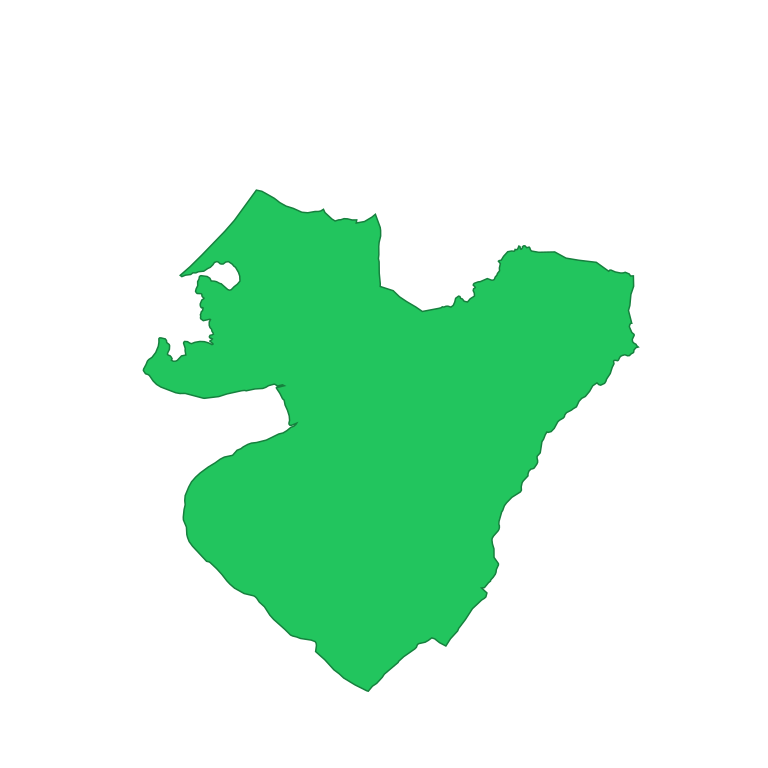 the district of Eratap, Shefa, Vanuatu, rotated 44°
{"feature_id": "77236927B93199120734028", "entity_name": "Eratap", "entity_type": "district", "adm_level": 2, "iso_a3": "VUT", "parent_name": "Vanuatu", "parent_adm1": "Shefa", "projection": "albers", "projection_center": [168.385, -17.773], "detail": "fine", "context": "isolated", "style": "filled", "palette": "green", "viewbox_px": 768, "rotation_deg": 44, "n_neighbors": 0, "source": "geoboundaries", "source_scale": "gbopen_adm2", "svg_char_len": 6158}
<svg xmlns="http://www.w3.org/2000/svg" viewBox="0 0 768 768"><g transform="rotate(44 384 384)"><path d="M259.9,267.9L259.4,272.3L257.1,280.7L252.2,287.5L250.4,284.9L247.2,288.1L243.1,290.5L240.4,292.8L238.8,295.9L237.4,297.4L235.6,300.7L232.0,301.5L222.4,301.7L219.1,300.4L218.3,303.5L217.0,305.4L214.5,307.9L210.2,313.8L205.6,317.5L196.7,320.7L189.9,324.1L183.0,325.9L176.2,326.6L162.3,330.2L157.5,333.2L162.7,370.2L163.4,384.7L163.4,418.0L163.0,434.4L161.9,447.4L164.0,447.2L165.6,443.6L168.9,439.5L169.3,436.8L171.5,434.7L172.5,432.2L176.0,428.0L177.0,423.3L178.0,420.7L178.1,417.1L177.6,414.3L178.7,412.1L180.1,411.4L182.7,411.3L184.0,410.4L185.0,409.3L185.4,406.3L187.1,404.0L191.6,403.2L194.2,403.5L196.1,403.2L201.8,404.8L205.3,406.6L208.9,410.0L209.2,414.1L208.6,418.2L208.6,422.3L207.8,423.8L206.0,424.6L197.2,425.0L196.1,425.7L192.6,426.7L190.8,427.7L188.1,429.9L185.3,428.9L182.1,429.5L177.1,433.2L176.7,434.0L176.7,435.1L178.0,437.0L178.8,439.8L181.7,442.7L182.7,445.9L184.0,448.2L185.4,448.7L186.7,448.7L189.8,446.0L190.8,446.1L191.8,447.1L192.9,447.4L194.9,447.3L195.1,447.7L194.6,450.1L196.2,454.1L197.6,455.4L199.2,456.0L200.0,455.9L200.5,455.0L201.1,455.0L202.4,457.2L202.5,459.3L203.3,460.3L203.7,461.6L205.2,462.7L206.1,464.0L207.0,464.4L210.0,464.0L213.8,458.3L214.5,458.2L215.2,460.8L217.5,463.2L219.7,464.3L221.9,464.4L223.7,465.6L225.3,465.9L226.7,466.7L226.2,468.1L225.1,469.7L225.4,471.1L226.1,471.7L227.2,471.7L228.2,471.0L229.2,470.8L229.4,472.1L228.8,473.5L229.0,474.1L232.8,473.8L233.3,474.1L232.9,475.2L229.3,476.3L225.4,478.3L222.0,481.3L219.0,485.4L217.5,488.7L215.9,489.5L213.3,490.0L211.0,491.9L211.0,493.1L211.5,493.9L216.2,496.4L217.8,498.2L221.3,500.8L218.8,504.5L218.9,510.6L218.2,512.4L216.6,514.0L214.6,514.6L214.0,513.0L212.1,512.4L210.3,512.3L208.9,513.1L207.5,513.0L206.7,511.6L205.6,508.2L203.2,505.4L202.0,504.8L198.9,505.1L197.3,503.8L195.3,503.5L191.6,505.7L190.5,506.8L190.6,507.8L193.0,510.2L195.4,513.6L197.9,519.9L198.6,526.0L197.8,529.8L197.9,531.9L199.3,535.3L200.7,540.3L201.6,541.5L205.3,542.3L208.0,541.0L209.5,540.9L215.9,542.2L220.6,542.3L225.6,541.2L240.2,535.0L243.8,532.6L247.5,528.9L263.6,519.9L264.7,519.1L273.9,507.8L277.9,500.3L286.2,487.8L288.1,485.5L289.6,484.6L294.6,477.2L299.9,471.4L301.3,468.5L302.1,465.4L304.9,460.7L305.6,460.0L308.8,459.4L311.5,455.1L313.5,454.5L310.2,459.8L309.2,460.7L309.1,461.4L309.5,461.7L315.7,463.1L321.3,465.1L323.4,465.0L327.4,467.8L332.9,470.0L338.0,472.8L341.4,475.8L342.8,478.2L343.7,478.9L345.0,479.0L346.0,478.3L348.4,472.8L348.7,474.1L348.5,477.0L347.1,480.0L346.5,485.2L345.4,489.3L343.0,493.1L338.3,506.1L333.0,514.6L329.7,518.6L328.0,522.0L326.4,527.1L326.0,530.0L324.3,533.7L324.6,540.5L319.9,547.5L318.4,551.9L317.3,558.1L315.3,565.6L313.6,575.6L313.2,581.9L313.5,588.1L315.1,593.8L318.5,602.4L321.7,606.3L324.9,609.0L327.4,613.2L332.1,619.2L334.1,621.1L341.3,624.2L346.8,629.3L349.4,630.9L353.3,632.7L359.0,633.7L379.5,634.8L381.9,633.4L382.9,633.2L391.9,633.1L399.5,633.6L407.9,634.8L412.3,635.0L418.3,634.7L428.9,631.9L437.4,626.9L439.1,626.5L441.2,626.5L445.8,627.5L452.8,627.3L462.6,629.6L468.3,630.0L483.2,629.4L491.1,629.5L493.4,628.7L496.8,626.7L500.8,625.0L509.5,618.8L513.5,617.1L515.4,617.7L517.1,619.1L520.7,624.0L533.0,623.5L546.6,624.4L553.0,623.6L559.3,623.5L572.1,620.6L584.6,616.7L586.1,615.9L585.6,609.4L586.7,604.4L586.5,596.2L585.8,592.5L587.6,574.5L587.2,573.3L587.6,566.5L590.2,553.1L590.2,550.9L589.2,548.6L589.2,546.9L593.0,541.1L594.0,537.7L594.7,533.5L597.4,532.1L603.6,531.5L610.5,529.5L608.8,521.1L608.5,510.4L607.5,508.0L606.2,497.0L603.7,484.2L604.3,471.6L605.1,468.4L605.2,466.4L603.2,462.8L595.9,463.0L597.7,460.6L597.2,454.4L597.5,451.7L596.9,450.9L596.8,447.1L596.2,443.5L595.3,441.5L593.7,439.4L592.0,434.6L591.0,433.7L583.6,432.3L577.6,426.2L573.1,423.7L570.1,421.3L569.0,419.8L568.4,417.2L568.1,410.5L567.7,408.8L566.8,407.2L565.3,405.7L564.0,405.1L562.1,402.8L557.5,394.2L557.3,392.7L555.2,388.0L554.7,384.4L554.7,376.7L557.1,366.8L556.6,364.9L554.1,362.6L551.9,359.0L551.5,356.9L551.4,350.1L550.0,348.6L548.8,346.1L548.8,343.2L550.0,341.4L550.4,340.1L549.6,335.4L548.9,333.6L547.5,332.2L545.6,331.0L544.4,329.7L544.2,325.0L537.7,315.8L537.1,312.8L535.3,308.6L534.5,305.4L535.7,304.8L537.3,302.1L537.3,297.7L535.3,290.5L535.4,288.2L536.6,284.0L536.5,282.3L535.5,280.5L535.2,277.8L537.0,272.5L537.3,270.3L538.3,266.8L536.3,261.0L536.2,256.9L537.5,253.1L537.0,246.5L535.4,240.3L536.4,235.3L539.1,235.2L540.7,234.3L542.2,230.3L541.8,228.1L540.7,225.8L539.5,219.3L536.6,213.5L535.4,209.7L533.5,208.4L533.1,207.4L533.6,206.5L535.9,204.9L536.0,203.9L535.1,201.1L535.0,199.7L535.6,197.9L537.0,195.6L539.6,194.5L540.8,193.1L540.9,190.3L541.5,188.7L541.5,187.7L540.2,185.9L540.0,182.9L541.2,180.8L539.2,180.9L537.7,180.4L535.4,181.0L533.4,180.9L531.6,179.4L530.2,175.3L529.4,174.6L526.5,174.8L520.7,172.4L519.5,170.4L519.4,168.8L520.0,168.2L508.8,161.3L506.3,156.7L499.4,148.1L495.7,140.3L488.3,133.0L486.3,135.0L483.9,134.5L479.9,136.1L478.9,138.0L477.1,139.8L472.6,142.7L468.1,144.4L467.3,145.3L467.3,146.8L452.2,149.0L438.1,159.7L427.5,167.0L415.1,170.4L403.8,181.8L397.7,185.9L396.0,185.7L394.4,184.8L393.3,184.7L392.0,186.8L389.4,186.7L388.5,187.6L388.3,188.7L388.3,189.2L388.9,189.5L389.2,191.6L389.0,191.9L388.2,191.9L386.3,190.7L385.2,191.1L386.3,193.8L386.3,195.0L384.8,196.2L385.4,196.9L385.3,198.2L383.4,199.7L381.1,202.9L381.3,209.1L382.3,213.5L381.1,215.3L381.0,216.2L384.1,216.6L386.4,220.4L388.5,222.3L388.8,225.6L389.6,227.3L389.7,229.8L390.6,231.9L390.6,232.9L389.6,234.4L385.1,236.4L382.1,243.6L380.8,245.1L379.0,248.8L379.0,250.0L379.5,250.9L381.7,250.9L382.7,251.3L382.3,253.3L383.3,254.9L385.7,255.8L388.0,257.9L386.8,262.8L387.1,267.0L384.2,268.8L381.3,268.4L379.6,269.2L378.5,268.5L377.6,268.4L376.6,269.0L376.0,272.6L378.0,276.0L379.2,279.4L378.7,282.2L375.9,283.6L374.5,285.1L373.7,287.0L372.3,288.0L372.1,289.5L370.8,291.6L361.2,305.2L353.4,306.5L343.0,309.0L334.6,310.5L325.8,310.5L313.5,316.5L311.7,314.5L303.6,307.6L295.6,299.5L292.9,297.7L290.5,294.6L284.6,288.6L282.1,285.5L278.8,279.9L274.9,275.9L272.5,274.0L259.9,267.9Z" fill="#22c55e" stroke="#15803d" stroke-width="1.5"/></g></svg>